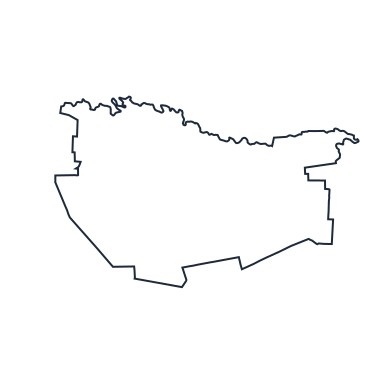 outline of Sanmihaiu Roman, Timis, Romania, rotated 15°
{"feature_id": "2599482B8747692698997", "entity_name": "Sanmihaiu Roman", "entity_type": "district", "adm_level": 2, "iso_a3": "ROU", "parent_name": "Romania", "parent_adm1": "Timis", "projection": "robinson", "projection_center": [21.074, 45.699], "detail": "fine", "context": "isolated", "style": "outline", "palette": "slate", "viewbox_px": 384, "rotation_deg": 15, "n_neighbors": 0, "source": "geoboundaries", "source_scale": "gbopen_adm2", "svg_char_len": 5986}
<svg xmlns="http://www.w3.org/2000/svg" viewBox="0 0 384 384"><g transform="rotate(15 192 192)"><path d="M260.2,253.7L270.4,245.3L275.2,240.9L281.4,235.6L291.9,227.0L301.6,218.5L316.7,207.2L317.4,207.2L318.6,207.6L320.5,207.8L325.0,209.6L326.5,210.0L327.7,208.9L332.3,208.1L340.5,206.1L335.4,182.0L330.6,183.1L329.9,180.1L329.1,176.0L326.6,165.5L326.1,162.2L325.2,159.2L325.1,158.2L324.2,154.1L323.9,153.9L323.1,153.9L319.8,154.6L317.5,146.5L301.4,150.7L299.5,144.4L296.6,145.2L294.7,139.3L323.6,126.9L323.0,125.6L322.9,125.0L323.1,124.6L323.5,123.8L325.8,120.8L325.8,120.5L325.6,119.5L325.4,117.6L324.7,116.5L324.4,116.4L323.3,114.9L323.1,114.6L323.1,113.6L322.9,113.1L322.4,112.7L321.4,112.4L320.5,111.9L319.4,110.4L319.2,110.0L319.1,109.5L319.2,108.6L319.3,108.4L319.8,107.8L320.5,107.6L321.5,107.0L323.1,107.1L324.2,106.9L324.9,107.2L325.5,107.0L325.6,106.9L325.7,106.5L325.2,105.3L325.2,102.6L325.3,102.2L325.7,101.7L327.0,100.5L328.5,100.4L329.7,100.6L330.8,100.5L331.1,100.5L334.2,102.0L336.2,102.7L337.5,102.1L339.6,100.3L339.7,100.0L339.7,99.7L339.4,99.2L339.1,98.8L338.1,98.2L337.4,98.9L336.7,99.1L335.6,99.1L334.8,98.7L334.4,98.0L333.8,95.6L332.9,95.6L332.0,95.3L330.9,95.3L329.1,95.3L328.0,95.6L327.3,95.5L323.7,94.0L322.8,93.8L321.6,93.9L320.3,94.6L319.7,94.6L318.2,94.4L317.2,93.8L316.3,93.6L314.4,93.5L314.0,93.7L313.4,94.0L313.1,94.7L313.1,95.1L313.5,96.2L313.4,96.5L311.0,97.0L308.7,98.2L308.0,98.6L307.1,99.8L306.1,99.7L303.7,98.9L303.3,98.9L296.3,101.0L288.5,103.0L288.3,103.5L287.5,104.0L286.2,104.2L284.9,104.9L283.3,105.3L282.8,105.6L282.6,106.0L282.9,107.6L282.8,108.1L282.4,108.3L280.7,108.5L280.3,109.0L277.5,111.2L277.3,111.5L277.0,111.7L275.9,111.9L272.7,111.8L271.9,112.0L271.3,112.2L270.7,112.7L269.4,114.0L268.6,114.4L257.1,118.3L257.5,126.9L256.5,126.7L254.7,127.4L253.7,127.5L252.0,127.1L251.0,126.5L250.4,126.3L249.4,126.6L246.1,127.8L244.3,127.8L241.8,127.2L241.3,127.3L241.0,127.6L240.5,128.1L240.0,129.0L239.6,129.4L237.5,130.1L236.8,130.8L236.0,131.0L234.7,130.6L233.5,130.1L233.0,129.8L232.7,129.3L232.5,128.4L231.8,127.4L230.8,126.6L229.3,126.0L228.1,126.3L226.9,127.2L226.6,127.7L226.5,128.6L225.1,131.3L224.4,132.2L223.5,132.8L222.2,133.3L221.8,133.2L220.5,132.3L218.2,130.4L214.9,129.7L214.3,129.7L214.0,129.9L213.9,130.1L214.3,130.8L214.4,131.6L214.4,132.0L214.1,132.8L213.0,133.9L211.7,134.3L209.7,134.1L205.8,134.1L205.1,133.7L202.8,131.3L202.3,130.5L201.9,130.3L199.8,130.7L198.5,131.3L197.1,131.1L195.8,130.8L195.3,131.2L194.7,131.8L194.0,132.2L193.7,132.1L192.2,130.7L190.7,130.2L187.9,131.8L186.5,131.9L184.8,131.6L184.6,131.5L184.3,131.1L184.0,129.9L183.3,128.1L182.3,127.3L181.8,126.5L181.0,125.8L180.4,125.0L179.8,124.6L179.1,124.4L177.7,124.4L177.6,124.8L177.0,124.9L174.7,124.2L173.4,124.1L172.3,124.3L171.6,124.7L169.4,125.2L168.5,125.8L168.2,126.1L168.0,126.8L168.5,128.4L168.4,129.0L168.1,129.3L167.5,129.5L166.6,129.3L166.3,129.2L165.4,127.8L165.4,126.9L165.6,125.5L165.6,124.2L165.0,123.0L163.8,121.9L162.9,120.5L162.7,120.1L162.5,118.9L162.5,118.2L162.1,117.3L161.5,116.6L161.4,116.3L159.2,115.8L158.8,115.7L158.5,115.9L158.3,116.2L158.2,116.8L158.3,118.1L158.2,118.4L157.7,118.8L156.8,119.1L155.8,118.9L154.5,118.1L153.0,117.0L151.6,116.6L151.1,116.6L150.9,116.7L150.7,117.2L150.6,118.8L150.1,119.2L149.7,119.0L149.5,118.8L148.8,117.1L148.4,116.6L147.8,116.1L147.5,116.0L145.1,115.5L143.8,115.5L140.5,116.0L139.9,116.3L139.7,116.4L139.8,117.0L140.6,118.0L143.0,120.5L143.5,121.3L143.4,121.7L143.1,122.4L142.5,123.0L141.8,123.2L140.8,123.1L139.4,122.7L138.0,122.8L136.4,122.4L135.7,122.4L134.8,121.8L134.0,120.9L133.3,120.2L132.7,119.0L131.6,117.9L131.4,117.8L130.5,117.9L129.1,118.5L128.2,118.3L126.2,118.7L125.3,118.7L124.5,118.6L123.5,118.3L122.2,118.6L121.4,119.6L120.4,120.6L120.5,121.4L120.3,121.8L120.0,122.0L119.4,122.2L118.9,122.1L117.0,121.4L116.2,121.3L113.4,121.5L111.1,120.9L110.0,120.0L108.4,119.2L108.3,118.9L108.6,117.8L108.6,117.0L108.3,116.5L107.8,116.2L106.8,116.1L106.4,116.2L105.7,117.2L104.9,118.0L104.4,118.6L103.7,119.3L103.4,119.4L101.7,119.7L100.6,119.7L98.5,119.5L97.6,119.7L97.5,119.8L97.6,120.4L98.1,120.9L100.6,122.0L102.3,123.2L102.4,123.6L102.2,124.3L102.2,125.1L102.3,125.6L102.5,125.9L103.1,126.1L104.7,126.0L105.3,126.1L105.7,126.8L105.7,127.2L105.5,127.6L105.2,127.8L104.3,127.8L101.4,127.4L98.3,127.8L97.7,127.7L97.3,127.4L96.3,125.9L95.2,124.1L92.1,122.1L91.5,122.2L91.1,122.7L90.9,123.3L90.8,124.3L91.1,125.1L91.4,125.4L92.6,126.3L94.3,127.2L95.4,128.0L96.2,128.7L96.8,129.5L97.9,130.6L100.1,131.5L102.0,132.0L102.2,132.3L102.2,132.8L102.0,133.0L98.9,134.6L98.0,135.2L97.5,136.0L96.9,137.7L96.4,138.3L95.9,138.5L95.3,138.4L94.3,137.8L93.3,137.5L93.1,137.1L92.1,133.1L91.2,131.5L90.9,131.2L90.7,131.1L89.9,131.0L88.1,131.0L87.7,130.8L85.4,131.3L83.4,131.2L82.4,131.0L81.2,130.4L80.5,130.5L80.3,130.7L80.0,131.2L80.0,132.9L79.8,133.4L79.5,133.8L77.8,134.9L77.3,135.4L76.9,136.3L76.9,136.6L77.0,137.4L76.7,137.8L75.8,138.3L74.3,138.2L72.7,138.5L72.3,138.3L72.1,138.0L72.1,137.7L72.2,137.0L72.2,136.4L72.0,136.1L69.8,133.1L69.5,132.9L68.6,132.4L68.0,132.3L65.2,132.1L64.4,131.7L63.6,131.0L62.8,130.6L62.6,130.7L62.5,130.8L62.4,131.6L62.5,132.8L62.4,133.4L62.2,133.7L61.8,134.0L61.0,134.2L60.5,134.4L59.1,134.4L58.4,134.6L57.7,135.1L57.5,135.3L57.3,135.9L57.0,137.8L56.8,138.2L55.5,139.7L54.8,139.6L54.5,139.4L52.8,138.0L52.5,137.8L51.8,137.6L48.6,138.3L46.7,138.6L46.3,138.8L46.2,139.0L46.1,141.0L45.9,141.7L45.5,142.2L45.1,142.5L43.5,143.2L44.3,149.8L53.1,149.6L62.9,152.1L66.6,168.2L62.6,169.0L66.2,184.5L68.4,184.1L70.9,192.7L76.6,191.7L76.4,194.3L76.1,196.2L75.7,197.3L73.8,199.4L75.9,199.1L77.6,205.2L77.3,205.5L73.9,206.2L55.7,211.4L57.3,217.3L57.3,217.8L73.2,238.4L76.0,241.9L78.6,245.8L80.6,248.2L84.6,250.9L113.9,270.3L135.0,284.7L155.4,278.9L156.8,282.7L159.0,289.5L159.0,290.5L206.9,286.5L209.4,279.3L209.3,278.3L202.3,267.5L208.3,264.6L212.3,262.8L216.0,260.9L228.5,254.9L228.9,254.8L254.1,242.8L257.7,249.6L260.2,253.7Z" fill="none" stroke="#1e293b" stroke-width="2"/></g></svg>